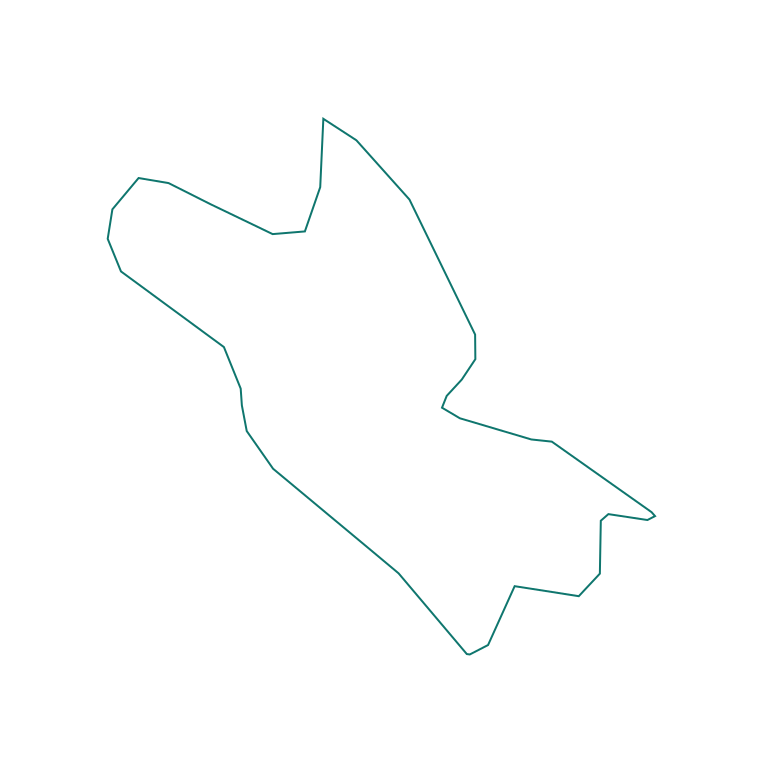 Newport, Albers equal-area conic projection, rotated 248°
{"feature_id": "GBR-2133", "entity_name": "Newport", "entity_type": "Unitary Authority (wales)", "adm_level": 1, "iso_a3": "GBR", "parent_name": "United Kingdom", "parent_adm1": "", "projection": "albers", "projection_center": [-2.954, 51.579], "detail": "fine", "context": "isolated", "style": "outline", "palette": "teal", "viewbox_px": 768, "rotation_deg": 248, "n_neighbors": 0, "source": "natural_earth", "source_scale": "10m", "svg_char_len": 646}
<svg xmlns="http://www.w3.org/2000/svg" viewBox="0 0 768 768"><g transform="rotate(248 384 384)"><path d="M652.6,427.1L620.3,449.7L545.5,476.7L395.7,487.0L372.8,478.0L359.0,457.8L349.5,437.7L340.3,428.9L323.8,441.5L277.4,499.8L267.7,518.0L164.9,584.1L160.0,585.8L159.2,577.3L179.3,543.3L176.0,533.8L127.3,513.1L114.3,485.1L147.6,429.4L103.0,382.7L101.1,362.2L102.6,359.6L203.0,326.6L239.3,307.2L347.0,249.4L364.0,245.5L391.8,239.1L417.4,244.2L433.4,249.4L478.2,249.4L586.9,182.3L622.1,182.2L647.7,197.6L666.9,233.6L651.0,259.5L615.8,290.4L564.7,336.9L555.1,367.8L590.4,398.6L652.6,427.1Z" fill="none" stroke="#0f766e" stroke-width="2"/></g></svg>